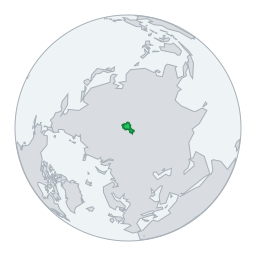 Tuva on an orthographic globe, rotated 234°
{"feature_id": "RUS-2605", "entity_name": "Tuva", "entity_type": "Republic", "adm_level": 1, "iso_a3": "RUS", "parent_name": "Russia", "parent_adm1": "", "projection": "orthographic", "projection_center": [94.276, 51.727], "detail": "fine", "context": "on_globe", "style": "filled", "palette": "green", "viewbox_px": 256, "rotation_deg": 234, "n_neighbors": 0, "source": "natural_earth", "source_scale": "10m", "svg_char_len": 13507}
<svg xmlns="http://www.w3.org/2000/svg" viewBox="0 0 256 256"><g transform="rotate(234 128 128)"><circle cx="128" cy="128" r="113" fill="#eef3f6" stroke="#a8b0b8"/><path d="M178.7,27.4L181.0,28.7L181.7,30.2L175.2,30.2L174.0,28.7L172.6,29.1L174.0,31.0L175.3,32.2L172.5,37.7L176.1,46.4L180.8,49.7L177.0,48.8L188.2,55.5L192.4,61.5L185.4,54.5L183.1,53.6L184.9,57.5L182.8,57.5L182.5,59.4L180.0,59.2L176.1,55.3L174.4,55.2L175.7,57.9L174.0,59.6L172.2,55.5L169.0,58.1L162.0,52.6L159.4,42.8L153.4,40.4L145.0,32.3L143.7,33.3L139.6,31.1L136.5,31.5L135.9,30.1L134.0,31.6L135.2,32.8L134.7,33.9L133.0,34.3L131.9,32.5L132.5,32.1L131.3,31.8L131.5,30.8L130.4,31.5L129.2,29.4L127.9,32.1L124.8,30.9L124.7,29.4L128.0,28.8L136.1,24.5L137.0,23.2L135.0,21.7L124.1,20.3L123.8,19.3L120.9,18.5L119.5,19.3L121.3,20.2L118.1,21.7L120.7,22.9L119.7,23.7L121.1,25.5L117.3,26.1L112.9,25.8L111.6,24.5L109.6,24.4L107.9,26.6L102.7,25.1L94.4,26.3L93.4,25.9L96.8,23.4L104.2,21.0L108.5,18.6L102.0,21.1L99.8,20.6L97.9,21.0L95.9,21.8L95.3,22.4L93.7,22.6L99.6,19.8L101.1,19.7L99.2,20.5L102.7,19.4L106.6,18.0L105.1,18.0L112.6,16.5L111.7,16.6L112.2,16.5L113.1,16.3L113.8,16.3L113.2,16.3L121.6,15.5L130.0,15.4L138.4,15.8L146.8,16.9L155.0,18.6L163.1,21.0L171.0,23.9L178.7,27.4ZM228.1,76.7L227.4,75.6L227.2,74.9L228.1,76.7ZM227.4,76.0L227.5,76.1L227.4,76.0ZM227.6,76.6L227.4,76.1L227.7,76.8L227.6,76.6ZM228.0,77.7L227.8,77.1L228.0,77.7ZM228.3,79.0L228.4,79.3L228.1,78.6L228.3,79.0ZM176.2,32.8L174.3,31.1L173.7,29.4L175.6,30.8L176.2,32.8ZM177.0,36.4L175.5,35.5L177.2,34.8L177.5,35.6L177.0,36.4ZM184.5,52.1L183.3,50.1L185.2,52.1L184.5,52.1ZM183.0,59.8L184.0,60.4L183.4,61.1L183.0,59.8ZM123.1,25.1L122.1,25.3L122.3,24.8L123.1,25.1ZM124.6,25.7L125.6,25.1L126.4,25.3L125.8,25.7L124.6,25.7ZM178.9,61.5L177.6,62.7L178.2,60.8L178.9,61.5ZM123.1,26.5L127.8,25.7L129.3,26.2L128.1,28.1L123.1,26.5ZM176.5,62.9L173.6,66.1L175.5,67.6L168.3,65.2L173.2,63.2L173.6,60.6L174.7,62.5L176.5,62.9ZM136.3,33.1L134.9,31.8L137.6,32.5L136.3,33.1ZM138.1,33.3L147.1,34.4L148.2,36.6L145.0,35.7L147.8,38.5L143.9,39.1L141.5,37.7L141.5,36.1L140.1,37.5L138.1,33.3ZM164.8,63.6L163.5,63.8L164.2,62.8L164.8,63.6ZM134.8,34.5L136.5,34.4L137.6,36.3L134.4,36.8L135.0,36.0L134.8,34.5ZM150.4,39.1L150.6,40.7L147.6,41.5L147.3,42.3L143.9,39.3L150.4,39.1ZM133.9,35.8L132.7,37.0L130.6,36.5L133.2,34.6L133.9,35.8ZM139.2,36.7L139.6,37.6L138.3,37.2L139.2,36.7ZM122.5,35.6L124.5,35.3L125.3,36.3L122.5,35.6ZM132.4,37.5L133.1,37.7L133.6,38.1L132.4,38.8L132.4,37.5ZM142.0,40.1L140.7,40.2L143.2,41.4L141.0,42.2L139.2,40.1L139.1,41.3L138.4,41.6L137.7,39.6L142.0,40.1ZM132.8,40.7L129.7,38.5L125.8,38.6L125.0,37.8L131.4,37.7L132.8,40.7ZM135.7,40.2L133.7,40.3L133.8,39.1L135.1,38.3L135.7,40.2ZM140.2,43.5L144.0,42.9L144.3,43.4L140.2,43.5ZM131.6,40.9L132.4,41.5L131.4,41.1L131.6,40.9ZM137.6,43.0L138.9,42.6L139.2,43.2L137.6,43.0ZM132.9,42.9L131.9,42.2L132.8,41.6L132.9,42.9ZM135.0,43.1L135.1,44.0L133.7,41.8L135.6,42.9L135.0,43.1ZM137.6,43.6L138.2,43.8L137.0,43.6L137.6,43.6ZM130.0,45.7L128.0,43.1L130.0,41.7L131.7,44.4L130.0,45.7ZM27.2,77.8L27.7,77.0L30.6,72.3L38.0,74.5L36.5,79.7L38.8,92.1L38.6,94.5L34.9,97.0L33.9,112.4L37.6,112.2L40.1,123.8L43.9,129.4L51.3,123.8L45.0,114.5L47.3,109.1L55.0,113.4L60.9,121.8L62.0,120.0L61.0,111.8L65.3,111.0L61.0,108.8L60.6,111.7L58.0,110.5L58.2,107.7L59.7,107.5L58.7,104.4L51.9,106.7L50.7,109.9L46.4,104.2L44.1,109.1L41.9,108.8L45.0,100.5L46.9,98.9L50.3,87.5L47.9,88.6L44.6,99.6L44.3,97.4L41.1,99.3L43.4,96.2L47.7,84.3L45.7,79.0L38.2,78.4L38.1,75.0L40.3,70.0L48.0,65.1L47.4,73.2L50.1,71.9L54.5,66.6L54.0,69.6L55.7,68.6L55.9,71.5L60.4,72.6L61.2,75.4L67.0,73.0L68.2,74.2L64.4,75.2L62.3,77.6L64.8,84.9L66.5,85.5L70.1,83.4L70.3,85.8L73.5,82.9L76.9,86.1L75.3,79.8L79.5,77.6L83.8,78.1L84.9,76.3L77.9,75.5L75.3,76.2L73.6,78.6L66.5,80.0L64.7,78.2L71.1,72.7L69.3,69.6L75.1,66.9L90.4,70.4L94.8,73.5L93.4,83.9L90.1,84.4L88.9,80.9L86.2,86.4L88.2,84.9L88.5,87.0L92.5,85.7L92.8,87.1L96.1,83.5L97.0,85.1L94.9,87.4L101.6,87.2L104.5,90.2L105.8,89.5L106.5,87.8L109.7,93.0L110.6,92.2L109.8,90.2L111.0,87.5L114.5,84.8L115.4,86.7L114.3,87.9L113.4,93.6L110.3,96.8L111.1,97.3L114.0,95.0L115.1,88.1L116.8,85.9L116.8,89.2L117.0,87.8L118.1,87.3L120.2,88.7L120.5,85.2L132.2,78.4L137.4,80.7L136.0,84.1L145.2,82.1L150.3,85.4L149.6,83.4L153.5,81.5L152.0,80.4L152.0,79.4L161.4,74.5L164.3,75.0L167.6,71.2L167.2,70.2L165.2,69.6L168.3,65.2L175.5,67.6L176.0,69.5L180.1,69.8L180.6,74.3L182.9,78.3L180.9,83.4L182.9,86.3L184.3,86.1L188.1,90.1L190.9,99.4L182.3,92.7L176.9,79.9L178.5,85.0L176.3,84.2L175.8,86.3L177.1,90.0L178.4,90.3L171.0,98.7L170.5,109.7L175.1,107.6L178.5,109.7L182.0,121.5L175.5,140.2L180.0,144.1L180.6,147.3L177.5,150.3L176.5,145.7L172.9,144.9L172.8,142.0L167.5,145.6L167.1,141.6L163.2,146.6L165.3,149.4L170.1,147.5L166.9,153.9L172.5,158.0L173.7,164.2L166.3,176.8L157.8,181.5L157.4,183.4L153.8,181.8L149.3,185.9L156.5,194.9L156.4,197.6L149.0,203.4L148.8,201.5L139.1,197.4L137.6,203.8L144.9,208.3L147.5,213.5L141.9,212.3L139.3,207.6L135.9,205.9L136.6,200.6L133.4,192.2L127.8,193.7L128.1,190.2L122.8,182.4L114.7,184.0L101.9,191.4L100.4,199.7L95.9,202.2L89.7,188.3L89.3,179.1L85.5,178.7L80.4,168.6L67.1,161.4L66.6,158.4L63.8,157.9L60.4,152.8L60.1,147.8L57.5,146.1L58.5,159.2L61.6,161.1L66.0,159.5L65.6,163.4L69.0,169.0L60.3,173.0L42.8,167.3L43.5,160.4L42.2,134.6L43.6,133.1L43.7,132.9L43.8,132.4L41.3,134.4L41.9,129.5L40.0,146.0L38.7,151.6L42.6,167.4L41.6,167.6L43.6,171.6L52.6,176.5L52.2,178.4L46.5,183.5L36.0,184.1L38.7,192.3L40.2,197.1L36.7,193.9L38.4,196.2L33.8,189.8L29.7,183.0L26.1,176.0L23.0,168.7L20.4,161.3L18.3,153.7L16.8,145.9L15.7,136.3L16.0,132.8L16.1,128.7L15.7,125.3L16.0,120.5L16.1,118.0L16.6,111.0L18.3,102.5L20.6,94.0L23.6,85.8L27.2,77.8ZM31.8,77.0L30.8,78.1L31.8,77.0ZM64.8,134.9L69.9,139.5L71.7,132.5L73.8,133.8L73.7,131.0L71.8,132.0L72.0,124.9L75.7,125.3L77.2,122.6L75.6,120.9L68.8,121.5L68.4,131.6L65.5,132.6L64.8,134.9ZM99.4,20.8L98.9,21.0L96.8,21.6L97.6,21.2L99.4,20.8ZM88.5,26.0L86.3,26.2L88.4,25.7L89.1,24.9L94.5,23.1L93.2,25.7L92.8,24.8L88.5,26.0ZM101.4,21.7L98.1,22.3L101.7,21.5L101.4,21.7ZM65.0,60.4L63.7,62.3L61.5,62.7L60.5,59.7L63.6,59.1L65.0,60.4ZM62.3,65.0L68.9,60.7L69.8,62.6L68.2,62.2L68.1,63.9L65.5,63.8L59.9,70.0L57.6,70.8L56.9,64.5L58.4,66.1L59.6,64.0L62.3,65.0ZM84.3,48.3L87.2,47.0L85.4,52.7L82.9,53.3L81.7,50.2L84.0,47.7L84.3,48.3ZM120.1,30.2L121.3,29.7L121.7,30.2L120.9,30.9L120.1,30.2ZM123.4,35.4L115.1,33.0L116.1,32.3L110.1,32.1L110.3,30.1L114.2,30.2L109.9,28.7L113.5,28.0L110.3,27.2L118.9,27.8L122.0,27.3L118.5,28.6L118.2,30.4L119.0,31.0L123.5,32.6L129.9,32.7L130.7,34.7L129.5,36.1L128.1,36.3L128.0,34.9L126.1,36.3L125.0,34.5L123.4,35.4ZM115.1,54.0L115.7,51.8L111.6,55.2L110.5,53.0L110.1,53.6L107.9,52.6L104.6,52.3L104.6,51.2L103.3,51.6L101.8,51.0L100.1,51.2L99.4,49.3L97.2,49.5L98.1,48.5L94.5,49.3L96.9,47.9L95.2,47.1L93.8,48.9L94.4,39.0L92.8,36.3L90.2,34.9L94.6,32.9L100.0,33.0L105.0,34.5L105.9,37.6L107.8,36.2L108.7,37.3L106.9,37.9L110.3,37.6L110.6,38.7L115.2,40.8L120.0,39.9L121.7,40.8L120.0,41.6L123.0,41.9L120.9,44.1L122.1,44.8L121.3,47.8L117.2,49.3L118.9,50.0L118.4,52.5L115.1,54.0ZM129.6,46.5L125.0,48.6L122.2,48.4L124.8,43.2L124.0,42.3L125.6,39.2L129.7,39.5L128.9,40.4L129.0,41.3L127.7,40.8L128.9,41.9L127.8,43.1L128.4,44.3L126.7,44.6L129.6,46.5ZM40.3,95.0L40.5,96.5L41.2,98.4L39.2,99.7L40.3,95.0ZM43.1,86.8L43.6,87.8L41.1,90.4L40.9,88.9L43.1,86.8ZM46.0,86.2L43.8,87.6L44.9,86.0L46.0,86.2ZM65.1,76.0L65.8,77.0L65.1,77.7L63.7,77.9L65.1,76.0ZM102.9,64.6L103.7,63.1L104.5,63.2L107.9,61.1L109.0,62.6L107.4,64.6L102.9,64.6ZM49.0,123.6L46.6,123.4L46.6,121.8L47.4,122.2L49.0,123.6ZM41.7,111.2L42.4,115.0L41.2,111.5L41.7,111.2ZM104.7,65.9L106.0,64.8L105.8,66.3L104.7,65.9ZM110.0,63.7L110.1,65.3L109.6,62.6L110.0,63.7ZM52.8,207.9L53.1,211.9L49.5,208.7L46.8,205.8L45.4,202.3L48.8,204.4L50.0,203.6L52.8,207.9ZM174.4,218.8L177.5,218.0L177.4,218.3L174.4,218.8ZM171.2,218.9L174.8,217.9L170.5,219.7L171.2,218.9ZM176.2,217.5L179.8,215.7L181.4,214.7L181.1,215.3L176.2,217.5ZM168.7,219.6L155.0,222.4L149.5,222.5L150.9,221.3L159.8,220.1L168.7,219.6ZM150.4,221.3L142.0,219.1L130.0,209.3L134.3,209.5L146.7,215.1L145.9,216.2L151.1,218.2L150.4,221.3ZM170.7,211.6L169.9,214.7L162.4,216.3L158.9,216.5L156.5,213.0L157.9,210.8L160.7,210.3L171.4,200.5L175.2,201.3L172.0,205.3L175.1,207.2L170.7,211.6ZM100.9,200.6L103.5,205.9L101.0,206.1L100.9,200.6ZM175.5,193.7L171.4,198.4L175.1,192.7L175.5,193.7ZM177.6,188.5L178.0,190.3L176.1,189.0L177.6,188.5ZM157.5,186.2L154.5,187.1L154.3,185.7L158.1,183.7L157.5,186.2ZM174.6,169.3L175.0,173.7L174.6,175.3L173.0,173.1L174.6,169.3ZM116.2,79.1L110.2,80.2L106.6,82.4L105.8,85.5L104.4,81.7L109.9,78.4L116.2,79.1ZM130.1,78.2L130.8,75.6L132.2,76.6L132.3,77.3L130.1,78.2ZM129.3,76.8L127.0,74.0L128.5,72.5L130.1,74.9L129.3,76.8ZM115.6,69.6L113.8,69.8L114.0,68.6L115.6,69.6ZM186.9,224.0L185.9,224.6L165.1,234.3L161.0,235.6L163.0,234.8L161.0,233.8L162.5,233.4L162.7,231.7L175.5,226.0L184.9,218.3L191.0,215.7L196.2,209.8L202.1,206.4L199.7,210.3L205.1,207.8L210.6,198.8L212.1,202.0L214.8,199.8L214.6,200.0L208.5,206.8L201.8,213.1L194.6,218.9L186.9,224.0ZM230.2,174.4L230.6,173.5L230.2,174.4ZM182.1,216.4L186.5,212.7L188.8,211.5L182.1,216.4ZM229.8,174.6L228.9,176.0L229.1,175.5L229.8,174.6ZM230.1,173.6L230.1,173.3L230.4,173.6L230.1,173.6ZM228.5,175.2L229.5,174.4L228.3,175.5L228.5,175.2ZM227.8,176.4L227.0,177.2L227.0,176.9L227.8,176.4ZM217.0,189.4L220.2,188.9L217.3,191.9L214.1,193.1L211.1,197.3L204.5,201.8L206.2,199.6L205.4,198.3L198.3,201.8L196.8,201.3L199.5,199.0L194.6,200.5L200.0,197.0L202.0,198.5L205.0,194.5L209.9,191.7L214.5,189.0L217.9,187.9L217.0,189.4ZM199.7,203.0L200.6,202.5L199.8,203.7L199.7,203.0ZM225.4,178.0L226.6,177.5L226.4,178.0L225.8,178.7L225.4,178.0ZM218.7,186.6L222.5,180.8L223.3,179.9L220.8,184.9L218.7,186.6ZM221.7,180.2L223.3,178.8L224.1,179.1L223.8,179.8L221.7,180.2ZM188.8,206.1L188.6,206.9L187.1,207.0L188.8,206.1ZM190.7,204.8L194.9,203.6L190.3,205.6L190.7,204.8ZM177.2,207.3L178.5,208.7L182.7,206.0L179.5,208.9L182.2,210.9L181.2,212.3L178.6,210.1L177.4,213.7L175.6,214.3L174.6,211.8L176.6,207.6L178.4,205.4L185.9,202.1L177.2,207.3ZM190.7,202.6L189.5,200.8L190.4,198.9L191.6,199.6L190.7,202.6ZM185.9,196.6L182.7,194.9L179.9,197.0L185.4,190.8L187.7,193.5L185.9,196.6ZM182.9,191.1L180.3,193.1L182.9,189.7L182.9,191.1ZM179.5,192.3L179.1,190.3L181.2,189.9L179.5,192.3ZM184.3,190.7L184.6,186.9L185.8,188.6L184.3,190.7ZM177.8,185.7L182.6,187.8L176.5,188.2L175.6,180.9L178.1,180.0L177.8,185.7ZM187.3,148.3L186.3,146.1L188.4,144.6L188.5,146.5L187.3,148.3ZM194.2,138.1L188.6,143.5L183.9,148.0L185.7,148.4L185.3,153.0L182.2,150.1L184.9,144.1L188.6,141.4L188.5,137.6L190.7,133.8L189.1,129.6L189.9,127.1L192.5,130.1L194.2,138.1ZM188.3,127.9L186.3,119.9L190.6,118.9L192.0,120.5L191.1,124.5L188.9,124.8L188.3,127.9ZM187.1,117.7L185.0,117.9L177.6,107.8L177.1,105.5L184.9,112.4L183.3,113.0L184.4,115.7L187.1,117.7ZM164.3,64.8L163.6,63.9L164.9,64.3L164.3,64.8ZM151.0,78.9L151.2,77.5L152.7,77.8L151.0,78.9ZM152.5,74.0L150.7,74.5L152.2,73.2L152.5,74.0ZM146.7,76.0L149.8,74.4L147.4,77.1L146.7,76.0Z" fill="#d9dde1" stroke="#a8b0b8" stroke-width="1"/><path d="M133.6,127.0L133.5,127.3L133.4,127.6L133.0,127.8L132.9,127.9L132.9,128.0L132.8,128.3L132.7,128.4L132.5,128.6L132.5,128.9L132.5,129.0L132.4,129.1L132.4,129.3L132.5,129.5L132.6,129.8L132.7,130.1L132.8,130.1L133.0,130.2L133.0,130.3L133.0,130.5L132.8,131.1L132.6,131.3L132.4,131.4L132.2,131.5L132.0,131.8L131.8,131.9L131.7,131.8L131.6,131.7L131.4,131.6L131.1,131.5L130.9,131.6L130.7,131.6L130.2,131.4L130.1,131.5L130.0,131.4L129.9,131.4L129.8,131.5L129.7,131.5L129.4,131.5L129.0,131.5L128.9,131.3L128.6,131.3L128.4,131.4L128.3,131.2L128.1,131.0L128.1,130.8L128.1,130.6L128.0,130.4L127.1,130.2L126.9,130.2L126.5,130.2L126.4,130.2L126.4,129.9L126.2,129.8L126.1,130.0L125.9,130.0L125.9,129.9L125.7,129.8L125.7,129.7L125.5,129.8L125.4,130.0L125.2,130.0L124.9,130.0L124.7,130.1L124.5,130.3L124.4,130.4L124.2,130.4L124.1,130.5L123.9,130.5L123.7,130.6L123.5,130.8L123.4,130.9L123.2,130.8L122.9,131.0L122.7,131.1L122.6,131.3L122.4,131.3L122.2,131.3L122.1,131.2L122.0,130.8L121.9,130.8L121.8,130.7L122.0,130.5L122.0,130.4L122.2,130.5L122.5,130.4L122.5,130.2L122.4,130.2L122.2,130.0L122.2,129.9L122.0,129.6L121.9,129.5L121.8,129.4L121.7,129.3L121.7,129.2L121.6,128.9L121.4,128.7L121.5,128.6L121.5,128.4L121.4,128.2L121.2,128.1L121.6,128.0L121.8,127.9L121.8,128.0L122.0,128.1L122.3,128.2L122.5,128.1L122.8,127.8L122.9,127.6L122.9,127.3L123.0,127.2L123.3,127.0L123.5,127.1L123.7,127.3L123.8,127.4L123.8,127.5L124.2,127.5L124.3,127.6L124.7,127.6L124.8,127.7L125.0,127.7L125.1,127.8L125.4,127.9L125.5,127.8L125.8,127.8L126.0,127.8L126.2,127.7L126.3,127.8L126.3,127.7L126.5,127.6L126.6,127.4L126.9,127.2L127.0,127.1L127.3,127.0L127.3,126.9L127.4,126.7L127.5,126.5L127.6,126.3L127.7,126.2L127.8,126.2L127.8,125.9L128.0,125.7L128.3,125.7L128.4,125.4L128.4,125.2L128.5,125.1L128.5,124.9L128.4,124.9L128.5,124.8L128.5,124.7L128.8,124.7L128.9,124.8L129.0,124.7L129.3,124.8L129.4,124.7L129.5,124.7L129.8,124.5L130.0,124.5L130.3,124.4L130.5,124.3L130.4,124.4L130.5,124.4L130.5,124.5L130.6,124.4L130.8,124.4L130.8,124.2L131.0,124.0L131.3,124.2L131.5,124.2L131.6,124.3L131.7,124.5L131.8,124.5L132.0,124.7L132.3,124.7L132.3,124.8L132.6,124.9L132.7,125.0L132.8,125.2L133.0,125.1L133.4,125.1L133.5,125.0L133.6,125.3L133.9,125.4L133.9,125.5L133.7,125.5L133.4,125.7L133.5,125.7L133.5,125.8L133.5,126.0L133.4,126.1L133.4,126.3L133.3,126.5L133.2,126.5L133.3,126.6L133.2,126.7L133.3,126.8L133.3,126.7L133.4,126.8L133.5,126.8L133.6,127.0L133.6,127.0Z" fill="#22c55e" stroke="#15803d" stroke-width="1.5"/></g></svg>